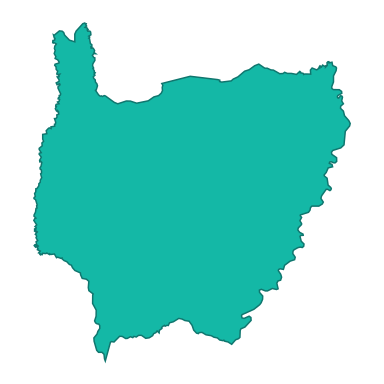 the district of Ribeirão Cascalheira, Mato Grosso, Brazil
{"feature_id": "56859067B50708946620242", "entity_name": "Ribeirão Cascalheira", "entity_type": "district", "adm_level": 2, "iso_a3": "BRA", "parent_name": "Brazil", "parent_adm1": "Mato Grosso", "projection": "mercator", "projection_center": [-51.621, -12.878], "detail": "fine", "context": "isolated", "style": "filled", "palette": "teal", "viewbox_px": 384, "rotation_deg": 0, "n_neighbors": 0, "source": "geoboundaries", "source_scale": "gbopen_adm2", "svg_char_len": 5693}
<svg xmlns="http://www.w3.org/2000/svg" viewBox="0 0 384 384"><path d="M53.5,34.9L54.3,38.0L55.0,38.3L54.6,40.1L52.9,40.5L52.7,42.7L53.3,43.0L53.6,42.3L56.3,44.0L54.8,46.1L54.4,48.5L55.2,50.5L54.2,53.6L55.8,56.5L55.1,58.5L57.7,59.8L59.1,62.1L58.9,63.0L55.1,64.2L54.7,65.3L56.0,66.8L56.2,69.5L57.7,71.0L56.8,73.9L57.2,74.6L59.8,74.2L58.7,75.7L59.0,76.6L57.2,76.9L59.1,79.8L59.0,81.4L56.2,82.9L57.1,84.8L59.6,83.7L60.0,84.8L58.0,86.8L58.0,88.1L60.7,93.9L60.3,95.2L59.2,95.5L59.4,97.2L58.5,97.6L58.1,98.8L59.6,99.4L59.1,101.3L57.5,102.0L58.9,103.7L56.3,104.3L55.8,105.1L55.7,106.3L56.4,106.6L55.3,108.7L56.4,110.8L57.2,111.5L57.5,110.6L58.5,111.7L58.7,114.1L56.8,114.9L57.0,117.1L56.0,118.5L54.5,118.6L55.7,122.3L55.4,124.1L54.5,124.3L54.7,126.2L51.0,126.8L51.1,128.5L49.2,127.9L48.4,128.4L46.2,130.7L46.8,133.7L42.7,134.4L42.7,139.1L43.6,141.3L41.9,143.0L42.2,145.8L39.2,148.3L39.2,149.5L41.2,152.7L39.4,153.2L39.1,154.1L41.3,157.2L39.6,160.3L39.9,162.5L40.4,161.0L41.8,162.4L41.0,166.3L40.1,167.6L40.1,169.0L41.2,169.8L41.5,171.1L41.5,173.1L40.6,173.8L41.7,177.7L40.3,180.2L40.2,182.4L38.9,183.6L38.8,185.8L37.0,188.5L35.9,188.7L35.7,191.9L34.6,193.5L35.3,196.6L34.1,197.5L34.0,198.6L35.6,199.7L37.2,205.0L36.6,205.7L37.0,208.0L36.0,208.4L35.5,212.1L34.1,214.9L34.0,216.2L35.9,218.1L34.7,218.7L33.8,220.4L36.7,224.9L35.0,226.6L36.1,227.4L36.0,228.5L34.6,228.9L34.6,230.8L35.5,230.3L35.2,231.4L36.0,232.1L36.7,231.4L37.3,231.9L35.3,234.3L36.3,235.1L36.6,236.7L36.0,237.7L37.7,240.6L36.1,241.7L36.6,244.5L34.8,244.8L34.2,245.6L35.5,247.1L36.7,245.6L37.5,245.4L38.3,246.1L37.1,247.5L38.0,248.7L37.4,249.7L40.2,251.1L38.6,252.9L39.9,253.4L39.9,254.4L40.7,254.9L41.1,254.2L42.2,254.6L42.6,253.3L45.9,253.6L46.8,253.0L49.4,254.5L49.7,253.8L50.7,254.5L54.4,254.0L56.5,257.7L57.6,257.2L61.1,258.4L62.0,258.0L62.2,258.9L64.1,260.6L66.8,261.7L69.3,264.4L71.4,265.2L72.5,267.7L74.9,270.5L80.4,272.9L80.6,274.8L82.2,278.4L86.4,279.2L88.8,281.3L88.3,287.7L88.9,290.7L93.2,294.0L92.7,294.9L92.6,303.5L96.2,310.1L96.1,316.2L94.6,320.9L95.6,322.9L97.2,323.9L98.7,324.0L99.7,325.5L99.8,328.4L97.9,331.3L97.0,334.1L93.9,337.9L94.1,341.2L96.7,350.3L98.5,352.3L102.0,352.3L104.0,354.3L104.5,358.9L105.3,361.0L110.4,342.3L111.5,341.6L114.0,342.0L119.6,336.3L122.2,336.4L125.6,338.5L127.4,338.4L130.4,336.7L132.8,337.6L133.9,336.4L136.3,337.0L138.5,335.4L140.3,335.3L141.6,335.4L145.7,338.3L149.2,337.8L152.6,335.7L153.7,333.6L155.8,332.7L157.1,331.0L159.1,332.9L159.4,330.3L161.9,328.5L161.6,327.6L162.9,326.3L164.4,325.4L165.1,326.2L167.0,325.3L168.3,325.5L169.5,322.8L173.3,321.8L178.8,318.4L182.2,319.1L184.8,320.5L189.1,321.2L192.1,325.4L193.7,330.1L196.5,333.1L198.4,333.6L199.2,332.6L202.0,332.4L206.0,334.8L211.3,335.7L213.9,337.2L217.4,337.9L219.7,340.0L223.1,340.7L223.9,340.2L224.7,341.2L228.1,342.0L231.7,344.3L235.6,339.8L238.5,338.7L239.9,337.4L240.2,330.5L240.9,328.8L244.9,327.1L251.1,320.4L250.9,317.5L249.1,316.2L244.1,318.4L242.0,317.9L241.5,315.8L242.1,314.6L253.9,309.3L259.7,304.7L261.2,302.7L262.6,299.2L262.7,296.0L259.5,292.3L259.4,290.1L261.3,289.3L265.3,290.9L267.5,290.9L272.3,288.5L276.5,289.5L278.1,288.8L276.8,283.1L278.1,280.9L280.6,280.2L281.6,277.2L280.7,274.2L278.3,270.7L278.6,269.5L280.1,268.8L283.4,269.4L284.6,265.3L290.2,261.1L294.6,259.7L295.2,257.2L292.8,253.6L293.0,251.2L294.0,249.8L297.8,247.7L300.1,247.1L302.3,247.5L303.7,246.3L304.0,244.0L301.2,241.2L300.0,236.3L300.7,235.5L303.2,235.3L303.0,234.1L299.6,232.3L297.8,229.9L298.3,227.9L301.5,224.6L301.6,223.6L299.9,220.7L301.6,217.4L300.2,215.7L300.4,214.9L308.5,212.3L310.0,210.2L310.5,207.6L311.9,206.1L318.9,206.1L322.3,204.0L323.3,202.1L320.9,198.4L321.6,195.8L326.2,189.3L327.6,189.3L329.9,190.6L330.9,189.8L331.3,188.7L330.8,187.5L328.1,185.1L327.1,178.2L324.4,176.0L324.1,175.0L326.2,172.5L328.2,167.9L332.6,166.8L332.0,164.4L329.3,163.4L329.6,162.1L331.3,161.8L334.0,162.9L335.2,162.8L336.7,161.4L336.6,157.7L331.8,154.3L331.5,152.1L332.9,150.4L340.8,147.9L344.0,144.9L345.3,131.3L349.6,126.0L350.2,123.5L348.8,120.6L344.5,115.7L343.4,111.1L340.5,108.3L340.7,106.1L343.4,103.8L341.7,101.0L342.5,97.1L341.8,96.0L340.6,95.8L338.7,98.1L337.8,97.9L337.3,96.9L337.7,95.6L341.8,93.3L341.6,91.4L339.3,89.7L333.3,89.6L331.8,88.4L331.8,86.5L333.5,82.0L333.5,75.9L336.1,70.7L336.5,68.0L335.8,66.9L332.7,65.6L332.0,62.2L329.0,62.9L328.9,61.7L328.0,61.7L327.0,62.7L327.3,65.4L325.6,67.1L325.7,65.8L324.6,66.3L322.6,65.1L321.4,67.0L320.0,65.8L319.4,66.5L320.2,68.5L319.1,67.5L317.6,69.4L316.5,69.8L312.1,68.0L310.4,70.1L310.7,74.1L304.6,74.0L303.7,74.5L303.2,73.4L300.2,72.7L300.5,72.0L299.8,71.4L296.5,74.4L291.2,73.4L287.3,73.4L284.6,72.3L283.1,73.5L279.7,73.7L273.4,70.1L270.9,69.9L267.2,68.2L264.8,68.2L258.8,64.1L254.7,65.7L249.2,69.7L244.6,71.2L237.9,76.9L233.2,79.1L231.2,80.9L221.6,82.1L219.6,81.5L219.8,80.2L217.7,79.6L190.2,76.3L161.8,83.5L162.8,85.2L162.2,87.6L162.5,90.6L161.3,93.1L158.6,95.6L153.9,96.9L148.3,100.8L136.7,103.2L130.4,101.1L126.3,101.0L117.8,103.8L114.3,102.4L105.5,96.0L104.2,95.6L102.4,96.5L101.5,95.9L100.3,96.2L98.6,94.9L95.5,90.3L96.2,90.0L97.5,85.8L96.8,83.6L95.5,82.2L95.2,79.8L93.7,78.4L93.3,76.8L94.9,75.2L94.2,74.6L95.1,72.8L94.2,72.8L94.4,71.1L92.9,68.4L93.6,68.0L92.6,66.0L92.8,63.9L94.9,60.4L94.8,57.8L93.8,57.6L92.4,55.4L93.7,53.6L95.6,53.7L94.0,52.5L94.6,50.6L93.8,49.1L93.0,48.1L91.1,48.2L90.9,46.9L91.9,46.9L91.8,44.6L90.4,43.6L89.5,38.7L88.8,38.2L89.6,37.5L89.5,36.5L88.8,36.1L90.9,34.8L90.6,32.0L89.8,31.1L87.8,31.2L87.2,30.0L88.1,29.6L87.0,27.9L85.1,27.3L86.6,26.0L85.8,24.9L86.2,23.8L85.3,23.8L84.8,23.0L82.8,23.7L76.2,31.0L74.8,34.1L74.8,41.8L69.5,40.2L64.6,35.1L63.7,32.5L62.2,31.2L59.4,30.9L54.1,35.3L53.5,34.9Z" fill="#14b8a6" stroke="#0f766e" stroke-width="1.5"/></svg>